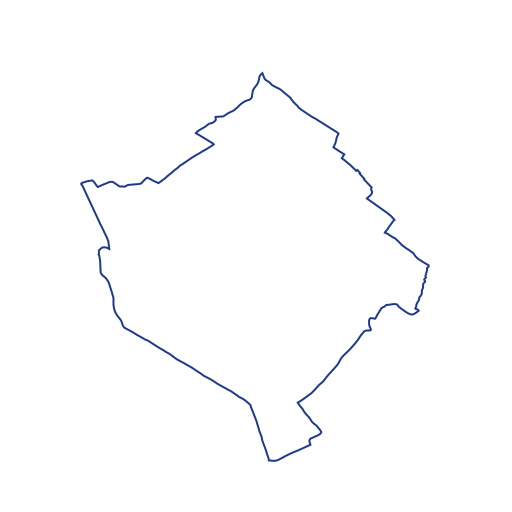 Suan Luang, Bangkok Metropolis, Thailand (Albers equal-area conic projection), rotated 226°
{"feature_id": "78962969B46335103611248", "entity_name": "Suan Luang", "entity_type": "district", "adm_level": 2, "iso_a3": "THA", "parent_name": "Thailand", "parent_adm1": "Bangkok Metropolis", "projection": "albers", "projection_center": [100.621, 13.725], "detail": "fine", "context": "isolated", "style": "outline", "palette": "blue", "viewbox_px": 512, "rotation_deg": 226, "n_neighbors": 0, "source": "geoboundaries", "source_scale": "gbopen_adm2", "svg_char_len": 6026}
<svg xmlns="http://www.w3.org/2000/svg" viewBox="0 0 512 512"><g transform="rotate(226 256 256)"><path d="M100.0,123.3L99.4,123.9L98.8,124.3L96.9,125.9L95.8,127.0L94.6,128.7L94.2,129.4L93.2,132.5L91.2,139.7L89.1,145.9L87.1,150.8L82.4,164.0L85.0,165.4L85.5,165.7L86.1,166.2L86.4,166.6L86.6,167.2L86.7,167.6L86.7,168.0L86.6,168.7L85.1,173.0L84.6,174.2L83.8,176.7L83.5,178.5L83.6,179.9L83.8,180.4L84.2,180.7L84.5,180.8L85.5,181.1L87.3,181.3L92.0,181.7L95.4,181.2L97.0,181.0L100.1,181.5L101.3,181.8L103.1,182.1L105.0,182.1L107.1,182.1L108.6,182.2L110.6,182.5L114.1,183.3L116.8,183.4L121.5,184.1L121.4,184.7L120.8,187.4L120.1,191.1L118.8,200.7L119.0,206.7L119.2,208.3L119.4,212.0L119.1,216.7L120.3,225.9L120.6,232.2L121.1,238.2L121.5,240.5L122.9,244.8L123.4,246.9L123.5,247.8L123.6,250.5L123.6,258.2L123.9,262.1L124.2,266.0L124.9,271.3L126.1,276.3L126.6,281.7L126.3,282.5L126.0,283.1L124.9,284.6L124.1,285.4L123.3,286.2L123.0,286.7L123.0,287.0L123.2,287.5L123.5,287.7L124.6,288.2L126.5,288.8L127.9,289.7L128.6,290.2L130.5,292.0L131.1,292.6L131.6,293.6L131.8,294.3L131.8,294.8L131.6,295.4L131.2,295.8L130.0,296.8L128.3,297.9L128.2,298.0L128.1,298.3L129.5,302.7L130.7,307.6L131.1,309.0L131.3,309.8L131.2,310.5L131.0,311.6L130.4,313.1L130.2,315.9L129.2,316.9L128.1,318.4L126.4,320.8L125.4,322.1L124.0,323.3L123.5,323.6L123.0,323.7L121.7,323.7L120.3,323.5L119.2,323.6L113.9,324.5L111.3,325.0L109.2,325.6L107.4,326.3L107.0,326.5L105.9,327.2L105.5,327.7L104.6,329.1L104.2,330.7L103.6,334.4L103.6,335.0L104.4,335.1L105.1,335.1L105.8,334.8L106.6,334.2L106.9,334.1L107.2,334.1L107.6,334.2L107.7,334.3L107.9,334.7L108.1,335.0L108.2,335.7L108.4,336.2L109.5,337.4L109.9,338.4L110.4,339.8L110.8,341.5L111.2,342.7L111.9,343.7L112.5,344.3L112.8,345.0L113.0,347.0L113.2,347.9L113.9,349.3L115.4,350.7L115.9,351.3L117.0,353.8L117.3,354.4L118.4,355.2L119.0,355.8L119.4,356.3L119.8,357.3L119.9,357.6L120.0,358.4L120.0,359.8L120.1,360.0L120.4,360.1L120.7,360.3L121.8,360.4L122.0,360.5L122.3,360.8L122.4,361.1L122.4,362.8L122.5,363.3L123.6,363.7L123.9,363.9L124.0,364.1L124.3,364.8L126.4,368.2L126.9,369.2L127.9,370.0L128.4,370.5L128.5,370.8L128.5,371.1L128.5,371.3L128.3,371.7L128.3,372.4L128.5,372.7L129.4,373.7L135.5,372.0L139.4,371.1L141.2,370.7L143.0,370.5L144.2,370.5L145.2,370.5L146.3,370.7L147.4,371.0L149.3,371.1L151.7,370.6L154.7,370.1L155.9,369.7L157.3,369.4L162.7,368.5L166.6,368.6L171.4,368.4L172.2,368.3L173.9,367.7L174.5,367.3L175.7,367.2L178.2,366.5L179.7,366.3L180.6,366.1L181.8,365.5L182.9,365.2L183.3,364.9L183.5,365.3L183.6,366.9L183.8,368.9L184.3,370.5L185.8,379.0L185.9,380.2L185.8,380.7L190.8,380.9L195.7,380.3L208.7,377.9L215.8,376.6L220.3,375.7L220.4,377.7L220.2,378.8L220.2,380.0L220.3,381.4L220.6,382.8L220.9,383.2L221.5,384.1L221.9,384.3L223.0,384.6L223.4,384.8L224.1,385.3L224.5,385.7L224.8,386.3L225.0,386.8L236.0,386.9L236.2,387.0L236.3,387.5L243.3,387.8L243.5,388.5L247.5,388.7L247.6,387.3L256.3,387.0L260.2,386.5L263.5,386.2L266.7,385.6L267.8,390.1L273.1,388.8L280.4,387.2L280.6,387.7L281.5,390.2L282.1,391.6L283.9,394.6L285.1,396.2L286.5,399.9L286.7,400.3L287.0,400.5L287.3,400.4L290.4,399.8L314.4,393.9L316.2,393.2L322.6,391.7L327.6,390.7L329.7,390.2L333.0,389.8L334.1,389.9L335.2,390.1L339.3,389.9L340.6,389.9L343.4,390.2L344.7,390.2L345.4,390.6L345.8,390.7L355.2,389.6L357.0,389.5L359.8,389.0L363.8,387.5L367.6,386.3L371.5,386.3L375.8,385.3L377.5,385.3L383.1,387.6L383.2,386.0L383.0,384.2L382.6,383.0L382.1,382.3L380.8,380.6L379.2,377.8L378.6,375.6L377.9,371.0L377.2,368.8L376.7,368.0L373.2,363.4L372.9,362.6L372.8,361.4L373.0,359.7L373.2,359.1L373.8,358.3L375.1,355.1L375.8,350.9L375.9,347.9L375.8,346.5L376.0,342.6L376.1,341.4L376.6,339.4L377.0,338.5L378.2,334.7L378.9,330.4L379.3,329.2L383.2,324.7L383.9,323.7L384.1,323.4L383.9,323.1L383.4,322.9L381.9,321.7L381.8,321.4L381.6,320.5L381.7,318.6L382.0,317.2L382.3,316.6L383.3,315.0L383.8,313.7L384.0,312.5L384.2,309.7L385.8,303.2L386.3,299.6L386.2,298.1L367.7,303.0L365.7,303.2L365.6,302.7L367.5,293.6L368.0,291.9L368.5,290.1L368.8,288.3L370.3,282.4L371.2,278.4L373.1,267.2L373.6,265.2L373.8,263.4L373.8,260.9L374.3,257.3L374.6,252.3L375.0,247.4L375.1,244.2L375.9,238.2L376.2,236.5L376.3,236.3L377.4,236.0L377.8,235.9L380.3,234.8L383.3,233.8L385.7,233.2L387.0,232.4L387.8,232.2L388.1,231.4L388.2,226.7L388.0,225.0L388.2,223.4L388.4,222.9L389.5,221.3L395.3,214.2L396.2,212.8L396.7,211.3L397.0,209.8L397.2,209.6L398.2,208.8L399.3,207.8L400.2,206.6L400.4,206.5L401.4,206.0L404.4,205.5L405.5,205.1L407.5,204.8L408.7,204.4L409.2,204.1L409.7,203.7L410.7,202.4L411.0,201.9L413.8,195.0L415.2,191.0L415.4,190.3L415.5,190.2L416.7,190.1L421.6,190.9L423.1,190.9L423.9,190.8L424.2,190.6L426.6,187.1L427.5,185.6L428.7,183.1L429.2,182.2L429.6,180.9L429.1,180.2L427.2,180.0L388.9,166.8L387.4,166.2L384.8,165.5L372.5,161.4L369.4,160.1L368.2,159.3L363.0,155.3L363.8,155.0L365.2,154.6L366.2,154.1L367.3,153.2L368.5,151.9L368.9,151.2L369.0,150.7L369.2,147.3L369.1,146.9L368.9,146.6L368.2,146.0L366.5,144.3L366.4,143.8L365.8,143.7L365.0,143.4L361.1,140.8L353.1,133.7L352.1,132.9L351.3,132.5L349.7,132.2L348.1,132.2L347.3,132.4L344.7,132.6L344.1,132.6L340.6,132.0L338.0,131.1L336.4,130.2L331.2,127.7L324.9,124.4L324.7,124.2L319.8,119.5L316.3,117.1L314.5,116.2L312.9,115.6L309.5,114.8L303.8,114.2L303.2,114.1L302.0,113.6L299.2,112.2L296.6,111.5L296.0,111.5L287.0,114.3L286.1,114.6L281.8,115.6L281.0,115.9L272.8,118.3L271.5,118.9L269.5,119.7L267.2,120.2L264.5,120.8L257.8,122.4L255.2,123.1L252.9,123.9L249.8,124.5L245.6,125.8L239.0,126.9L236.3,127.4L230.1,129.4L228.4,130.0L227.3,130.2L220.7,132.2L219.3,132.5L211.9,134.1L209.0,134.8L206.2,135.2L199.4,137.5L194.4,138.8L191.3,139.4L178.9,143.1L177.7,143.6L175.6,144.2L169.5,145.4L166.6,145.9L162.4,147.3L160.8,147.7L156.0,148.3L154.3,148.4L152.8,148.4L151.7,148.0L149.9,147.0L147.4,146.1L144.2,144.7L137.9,142.1L137.0,141.6L135.5,141.0L135.0,140.6L131.4,138.8L127.7,136.8L122.8,134.8L118.9,132.4L116.4,131.2L114.4,130.4L109.1,128.1L105.7,126.3L102.6,124.9L100.2,123.6L100.0,123.3Z" fill="none" stroke="#1e3a8a" stroke-width="2"/></g></svg>